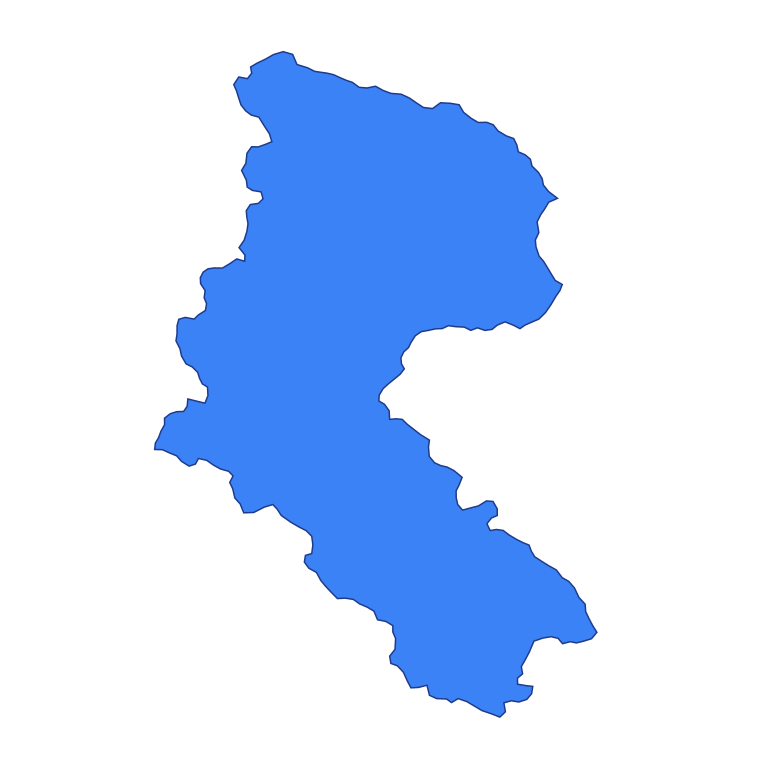 outline of São João Nepomuceno, Minas Gerais, Brazil, rotated 273°
{"feature_id": "56859067B98759493930874", "entity_name": "São João Nepomuceno", "entity_type": "district", "adm_level": 2, "iso_a3": "BRA", "parent_name": "Brazil", "parent_adm1": "Minas Gerais", "projection": "albers", "projection_center": [-43.014, -21.587], "detail": "fine", "context": "isolated", "style": "filled", "palette": "blue", "viewbox_px": 768, "rotation_deg": 273, "n_neighbors": 0, "source": "geoboundaries", "source_scale": "gbopen_adm2", "svg_char_len": 3842}
<svg xmlns="http://www.w3.org/2000/svg" viewBox="0 0 768 768"><g transform="rotate(273 384 384)"><path d="M674.6,375.7L677.1,367.7L680.9,360.0L678.7,351.4L679.0,343.5L683.5,336.8L685.2,330.8L687.3,324.9L690.2,317.6L691.4,311.0L692.0,304.6L692.6,298.3L695.7,291.4L698.5,280.4L708.4,275.5L710.6,265.9L707.2,256.4L702.2,248.6L697.8,240.5L693.6,234.2L687.4,235.6L681.8,231.6L683.0,222.9L675.1,218.3L669.4,221.2L662.1,223.9L655.2,226.6L649.5,231.6L645.7,237.2L643.9,245.1L636.2,250.4L627.8,256.5L620.1,259.3L617.3,253.5L614.2,246.1L614.0,239.4L607.3,235.1L597.2,234.5L589.8,230.6L580.3,235.9L573.5,237.1L570.4,242.5L569.4,251.2L562.6,253.5L557.8,249.1L556.2,241.1L549.9,237.4L544.0,238.2L536.9,239.8L529.2,239.1L520.3,236.8L512.6,232.1L505.5,238.4L499.3,238.4L501.2,230.4L495.9,223.4L491.3,216.5L491.0,208.3L489.8,202.2L486.3,197.6L480.5,195.0L474.6,195.6L467.9,200.5L460.7,199.9L454.9,202.6L448.1,201.8L443.4,195.2L438.9,191.0L440.1,182.0L437.9,175.7L431.4,174.3L423.1,174.7L416.2,174.0L408.5,178.4L401.4,180.3L393.7,185.3L391.0,191.6L385.9,197.3L379.8,199.6L374.6,202.6L371.7,207.9L363.2,208.8L355.5,206.2L357.0,198.2L358.8,188.9L351.4,188.6L346.1,185.3L345.5,178.3L343.1,172.1L338.4,166.6L331.9,167.0L325.1,163.7L318.6,161.7L313.1,158.8L306.6,158.4L306.8,166.1L303.8,173.8L301.4,180.7L296.1,185.9L291.8,193.7L294.2,199.9L299.9,202.6L298.5,210.9L294.0,218.1L290.6,225.1L288.7,233.4L284.3,238.1L277.6,235.1L271.5,238.4L262.4,241.0L256.6,246.7L248.0,250.7L248.9,260.7L254.8,270.9L257.8,279.3L253.4,283.9L247.3,288.3L241.2,298.0L236.8,306.5L233.5,313.9L228.2,319.8L219.5,321.4L210.9,320.7L208.7,314.5L202.0,313.8L196.1,318.6L192.3,326.4L184.6,331.1L179.4,335.8L173.9,341.5L167.3,348.7L168.1,356.6L167.3,364.6L163.1,371.2L160.4,378.6L156.7,385.8L148.2,389.9L147.0,398.3L143.1,405.5L136.8,405.8L130.5,408.9L119.6,408.9L112.5,403.9L105.3,405.5L103.3,412.1L97.1,418.5L88.7,422.8L82.0,426.8L82.8,434.4L85.4,442.7L75.5,445.7L72.6,453.1L72.7,463.0L69.4,468.1L73.7,474.5L71.2,483.3L66.9,491.5L63.0,498.9L60.1,509.1L57.4,517.1L63.0,522.4L71.9,520.4L74.3,527.7L73.5,535.3L76.5,543.1L82.4,547.6L89.8,548.4L90.2,541.9L91.2,533.1L97.3,532.7L101.8,537.6L108.9,535.9L116.9,539.9L124.3,543.3L135.1,547.2L138.6,556.0L140.4,564.1L139.1,571.2L134.0,575.9L136.4,583.4L135.5,589.7L137.6,596.7L140.5,604.6L147.2,609.6L153.7,605.0L160.4,601.0L167.3,597.3L174.6,596.4L181.2,589.7L190.1,585.0L196.6,578.8L199.9,572.1L207.3,565.9L211.4,557.5L215.1,550.9L219.3,543.6L224.7,539.9L230.7,537.3L233.0,530.7L236.1,523.7L240.1,516.3L244.0,510.7L244.6,503.8L243.2,497.7L249.9,494.1L255.8,498.3L258.6,504.0L265.3,503.6L272.4,499.0L272.6,492.4L267.2,484.7L264.7,476.7L262.2,469.1L267.5,463.9L274.0,462.1L281.1,461.6L286.9,464.2L294.9,466.9L301.1,458.5L304.3,451.6L305.5,444.9L307.9,438.7L314.0,433.0L323.3,431.7L330.3,432.3L335.4,423.0L340.3,416.0L344.9,409.4L349.6,404.1L349.9,398.1L349.0,391.5L357.6,390.5L363.8,385.5L366.8,379.8L372.7,379.8L379.4,383.4L384.7,388.7L390.2,394.8L394.7,399.7L400.2,403.5L405.0,400.4L411.0,399.5L417.2,402.1L421.5,406.5L427.3,409.0L433.8,412.7L438.2,418.4L439.9,425.7L441.8,432.6L442.4,439.2L445.6,445.3L445.0,452.5L445.0,461.2L442.1,467.9L445.0,474.4L442.8,482.0L444.2,489.1L448.7,494.0L452.4,501.7L449.3,510.6L446.4,516.9L450.1,521.6L453.0,527.3L457.0,535.3L463.7,541.5L472.0,546.6L480.8,551.2L486.5,554.8L492.7,556.8L496.4,549.5L501.7,545.9L508.8,541.1L514.9,536.9L519.8,532.2L528.9,528.6L535.7,527.6L543.3,530.7L553.9,528.4L561.2,531.6L566.7,535.0L574.2,539.0L578.5,547.5L584.8,538.3L591.1,532.7L597.4,531.2L603.3,527.2L609.4,520.4L616.1,518.4L620.2,513.1L622.9,506.0L629.7,504.1L635.9,500.7L638.2,493.1L642.7,484.6L648.6,479.5L650.7,472.9L650.1,464.3L653.8,457.3L659.4,449.3L666.8,444.4L667.8,435.4L667.8,425.7L661.6,418.1L662.2,408.9L666.5,401.5L670.8,394.6L674.3,385.9L674.6,375.7Z" fill="#3b82f6" stroke="#1e3a8a" stroke-width="1.5"/></g></svg>